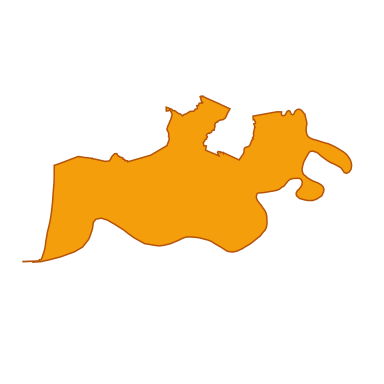 outline of Pueblo Viejo, Veracruz, Mexico, rotated 192°
{"feature_id": "50627088B14771067875898", "entity_name": "Pueblo Viejo", "entity_type": "district", "adm_level": 2, "iso_a3": "MEX", "parent_name": "Mexico", "parent_adm1": "Veracruz", "projection": "mercator", "projection_center": [-97.929, 22.164], "detail": "fine", "context": "isolated", "style": "filled", "palette": "amber", "viewbox_px": 384, "rotation_deg": 192, "n_neighbors": 0, "source": "geoboundaries", "source_scale": "gbopen_adm2", "svg_char_len": 6004}
<svg xmlns="http://www.w3.org/2000/svg" viewBox="0 0 384 384"><g transform="rotate(192 192 192)"><path d="M227.5,131.6L226.3,131.8L223.6,131.8L215.4,132.2L212.4,132.6L210.3,133.3L207.2,134.6L202.4,136.9L194.9,142.1L192.7,143.9L189.2,146.3L186.0,147.4L180.0,148.3L175.4,148.7L166.1,148.3L162.5,147.6L159.2,146.3L150.9,143.6L146.7,141.9L145.2,141.5L144.2,141.4L141.6,141.5L139.5,141.8L138.3,142.4L135.7,143.5L130.5,147.4L129.5,148.6L126.9,150.9L123.4,154.3L118.2,160.7L116.1,163.2L114.3,167.0L112.5,170.1L111.9,172.8L112.0,176.5L113.4,182.3L114.1,184.5L115.3,187.0L117.2,189.3L120.1,191.9L121.9,193.7L123.5,194.9L125.8,196.9L126.9,198.1L127.8,199.8L128.2,201.4L128.2,202.8L128.1,203.5L127.5,204.4L126.7,204.9L122.1,206.2L112.9,209.8L109.4,211.3L107.1,212.9L105.0,215.4L103.1,217.1L100.6,222.3L98.8,224.8L95.4,226.4L92.1,227.2L89.8,227.7L87.8,226.9L86.2,224.9L86.0,221.8L86.8,219.3L87.7,217.4L89.3,215.0L89.9,212.3L88.9,210.0L85.4,208.0L80.5,207.7L76.6,207.8L72.1,208.8L68.3,211.2L64.3,215.2L63.3,219.4L63.5,222.0L64.7,224.2L67.0,225.8L70.4,227.0L73.6,227.5L76.6,228.1L79.5,229.0L82.3,230.0L84.6,231.4L86.5,232.3L87.9,234.2L89.0,236.6L89.2,240.5L88.9,244.7L87.5,249.7L85.6,255.3L84.4,256.4L82.4,257.1L77.6,256.6L73.7,254.3L69.4,252.3L65.8,250.7L62.5,249.6L58.0,248.7L54.0,247.5L51.5,246.7L49.5,245.0L47.1,242.7L44.6,242.4L42.4,244.3L41.2,247.1L41.3,250.9L41.9,252.5L41.9,252.8L42.8,254.6L44.1,256.6L46.2,258.8L49.0,261.1L52.4,262.8L56.6,264.3L60.2,265.5L64.0,266.6L68.9,267.6L72.6,267.7L80.5,268.5L84.2,268.7L87.4,269.3L89.7,270.2L91.5,272.0L92.8,274.9L93.6,278.0L93.8,281.3L93.8,282.7L94.8,285.3L96.9,289.5L97.6,291.3L98.0,291.8L98.6,292.0L100.7,293.8L101.9,294.6L103.1,295.1L104.4,295.3L105.1,295.1L106.2,294.5L107.4,293.3L108.1,292.1L108.4,290.1L108.7,289.3L109.3,288.7L109.9,288.5L110.7,288.6L111.1,288.8L112.4,290.6L113.2,291.5L114.4,291.7L115.6,290.8L116.1,289.4L116.5,287.7L117.1,286.5L118.1,285.7L119.1,285.5L120.1,285.8L120.7,286.7L121.0,288.1L120.9,288.9L121.3,289.0L125.5,288.1L128.4,287.0L148.1,278.9L147.1,275.3L146.1,275.7L145.8,275.4L145.2,274.5L145.2,274.3L144.6,273.8L144.4,273.3L144.2,272.2L145.7,271.6L144.0,268.6L143.7,268.1L144.1,267.8L144.1,262.0L143.8,261.3L143.7,260.8L143.4,260.1L143.4,259.6L143.5,258.9L143.8,257.9L144.1,257.4L143.1,256.5L143.9,255.7L144.3,254.9L144.4,254.4L145.0,250.4L145.3,249.6L145.5,249.1L146.0,248.4L146.4,248.1L146.9,247.8L148.8,246.9L149.2,246.5L149.7,245.7L149.9,244.8L149.4,241.8L149.6,240.3L150.2,238.8L152.7,233.1L152.8,233.2L168.7,236.8L169.0,236.0L169.4,236.6L169.6,237.0L169.8,237.2L170.8,236.8L170.9,236.7L171.4,237.0L172.2,237.0L172.4,236.9L172.6,236.5L173.1,236.9L173.0,237.2L173.5,237.2L174.9,237.0L175.2,236.3L175.3,235.9L173.1,233.0L183.7,235.0L187.4,235.8L187.6,240.1L190.0,239.6L190.1,240.0L191.3,242.8L190.7,243.4L190.7,243.9L190.4,244.4L190.1,244.7L190.0,245.2L190.1,246.1L188.8,246.8L189.0,247.4L189.1,248.0L188.5,248.5L188.4,249.2L189.3,250.2L189.7,250.4L189.6,251.1L189.4,251.7L189.0,252.2L188.6,252.5L187.9,253.2L187.1,252.9L186.9,253.3L186.5,253.5L186.0,254.0L185.8,254.1L185.4,254.7L185.3,255.3L185.0,256.2L184.7,256.7L183.1,257.1L183.3,258.6L183.1,260.6L183.2,261.5L183.8,261.8L183.9,262.0L183.7,262.5L183.5,263.7L183.5,264.3L183.2,264.7L182.9,264.8L182.7,265.0L182.4,265.4L182.3,265.7L181.7,265.6L181.5,265.8L181.4,266.4L181.2,266.9L180.9,267.0L180.3,267.6L179.3,268.1L179.1,268.4L178.6,268.7L178.3,268.8L177.9,268.7L177.0,269.0L175.2,270.7L174.8,271.4L174.4,272.7L173.5,277.0L173.1,278.2L172.5,280.0L172.2,281.3L178.0,282.6L179.7,282.9L184.4,284.1L196.0,286.5L200.7,287.7L201.2,288.1L201.4,287.8L201.9,287.5L202.0,287.6L202.3,287.8L202.8,287.5L203.5,287.4L203.9,286.9L203.9,286.6L202.9,286.4L202.9,285.6L202.5,284.8L202.5,284.2L202.1,283.6L201.5,282.5L201.2,282.2L200.9,282.2L200.1,281.8L200.2,281.5L200.4,281.1L201.0,280.7L202.2,280.8L202.7,280.7L203.2,280.4L203.5,280.0L203.6,279.4L203.6,278.6L203.7,277.9L204.2,277.6L205.1,277.6L205.3,277.5L205.2,277.2L204.6,276.3L204.2,275.5L204.1,274.8L204.7,274.2L205.1,274.0L205.7,273.9L206.3,273.4L206.4,272.5L206.7,271.7L207.9,271.2L209.2,270.9L210.3,270.4L210.6,270.5L214.1,267.1L216.1,266.0L216.9,264.6L217.5,264.5L218.0,265.0L218.3,265.2L219.7,265.9L220.7,266.0L222.0,266.1L224.3,267.3L226.1,268.0L227.9,267.6L228.9,268.7L231.7,269.1L232.8,269.4L234.9,269.6L234.2,266.7L233.9,265.8L231.6,266.7L231.0,267.7L230.0,267.1L227.8,264.2L227.5,263.0L227.8,259.5L227.8,258.5L228.4,256.4L228.5,255.4L229.3,251.5L229.6,248.4L229.4,247.6L228.7,246.9L228.5,246.5L227.8,245.9L227.5,245.4L227.1,244.6L226.8,243.9L226.8,243.7L226.6,242.6L226.6,241.6L225.7,240.4L225.4,239.6L225.3,238.8L225.3,237.5L225.6,236.5L225.6,236.3L225.7,234.7L225.9,234.3L226.1,233.4L226.0,232.3L240.1,219.4L260.9,208.3L260.9,208.8L261.3,209.1L262.6,209.1L263.0,208.8L263.6,208.7L263.9,208.9L264.3,208.8L264.4,209.6L264.7,209.8L265.5,209.9L266.1,209.8L266.3,209.7L266.5,210.6L266.8,211.0L267.4,211.2L268.4,210.9L268.7,211.0L269.0,211.3L269.9,211.2L270.3,211.6L271.1,211.8L271.4,211.7L272.2,212.4L272.9,213.3L273.0,213.5L273.7,213.8L274.3,213.8L274.5,213.8L275.2,213.4L275.8,213.3L276.0,212.6L276.5,212.1L276.6,211.8L277.0,211.4L277.6,210.3L278.4,207.9L278.5,206.9L278.9,206.1L279.4,205.4L279.9,204.9L280.6,204.6L281.7,204.5L282.3,204.3L282.9,203.9L285.6,203.9L292.8,204.0L296.6,203.9L296.8,204.3L297.0,204.1L297.4,204.0L299.6,203.9L301.7,203.8L302.4,203.6L304.7,203.4L307.4,203.3L308.3,203.2L309.5,203.2L311.2,202.8L326.5,192.9L332.1,189.5L332.3,189.5L330.4,180.3L329.0,173.2L327.5,161.4L326.4,154.0L325.2,142.3L324.8,134.2L324.9,126.5L325.1,123.1L324.7,113.3L324.2,107.7L324.3,103.4L325.2,95.3L325.7,94.6L327.2,94.1L327.2,93.3L327.4,92.9L327.8,92.7L331.9,91.6L340.6,89.5L341.8,89.1L342.4,89.1L342.8,89.0L342.8,88.7L342.2,88.8L341.8,88.9L333.1,91.2L333.0,90.3L325.5,92.4L317.9,95.8L307.1,101.2L294.5,109.1L287.6,115.4L283.4,123.8L282.7,126.8L281.7,135.2L282.2,141.8L280.3,145.5L275.4,147.5L269.2,147.0L260.7,144.3L251.3,140.8L245.3,137.9L238.9,135.1L227.5,131.6Z" fill="#f59e0b" stroke="#b45309" stroke-width="1.5"/></g></svg>